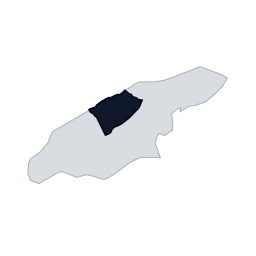 Jamaica, with Saint Ann highlighted, rotated 322°
{"feature_id": "JAM-1379", "entity_name": "Saint Ann", "entity_type": "Parish", "adm_level": 1, "iso_a3": "JAM", "parent_name": "Jamaica", "parent_adm1": "", "projection": "orthographic", "projection_center": [-77.258, 18.33], "detail": "fine", "context": "in_parent", "style": "filled", "palette": "ink", "viewbox_px": 256, "rotation_deg": 322, "n_neighbors": 0, "source": "natural_earth", "source_scale": "10m", "svg_char_len": 1585}
<svg xmlns="http://www.w3.org/2000/svg" viewBox="0 0 256 256"><g transform="rotate(322 128 128)"><path d="M129.3,91.6L141.7,95.4L154.6,97.4L160.2,97.5L165.4,98.7L177.2,108.0L186.6,113.0L222.6,124.2L234.7,143.7L236.9,149.8L227.7,153.5L216.0,154.8L204.8,155.1L194.5,151.4L189.9,148.5L179.2,147.2L181.9,144.5L177.1,143.3L171.1,143.6L166.7,151.1L161.8,157.1L152.4,156.5L148.8,151.4L143.8,153.7L139.8,157.5L135.1,171.5L127.4,164.6L119.0,158.7L108.5,156.3L87.3,155.9L77.4,154.0L69.1,142.1L65.8,138.7L57.5,135.6L49.2,121.9L46.2,120.1L23.7,117.0L19.1,109.6L20.5,102.8L28.0,94.6L31.7,92.3L44.2,92.7L56.1,90.3L61.3,86.8L66.8,84.5L109.9,90.5L119.8,90.6L129.3,91.6Z" fill="#d9dde1" stroke="#a8b0b8" stroke-width="1"/><path d="M108.5,89.5L109.5,89.6L112.2,90.3L114.3,91.6L117.5,90.7L122.8,90.7L128.1,91.4L131.9,92.3L132.3,92.8L132.7,94.1L133.2,94.6L133.8,94.6L134.3,94.3L134.7,94.0L134.6,93.8L139.1,94.6L139.7,94.9L141.4,96.4L142.0,96.8L145.3,96.9L148.8,96.3L148.9,96.8L149.8,100.7L149.8,101.3L150.0,102.1L150.3,102.4L150.8,103.0L151.1,103.3L151.3,103.7L151.0,106.2L151.1,106.5L151.3,106.9L152.6,108.4L153.0,109.1L153.3,110.1L153.5,111.0L153.6,111.6L153.8,111.9L154.4,112.8L156.4,114.7L150.3,118.2L148.2,119.0L134.5,120.8L125.2,120.7L120.2,119.7L118.2,118.9L117.7,118.9L117.3,118.8L113.8,119.6L113.5,119.8L112.8,120.3L112.4,120.5L111.7,120.8L111.2,120.9L110.8,120.9L108.2,120.5L105.8,119.7L109.9,100.3L109.9,99.8L109.9,99.3L109.3,98.6L109.2,98.3L109.2,97.9L109.5,97.2L109.5,96.6L109.5,95.8L108.3,92.8L108.2,91.9L108.4,89.8L108.5,89.5Z" fill="#0f172a" stroke="#020617" stroke-width="1.5"/></g></svg>